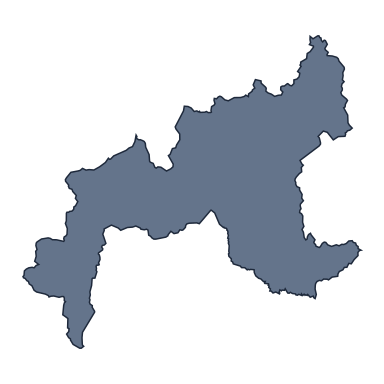 outline of San Antonio de Putina, Puno, Peru, rotated 180°
{"feature_id": "86281439B17280612130391", "entity_name": "San Antonio de Putina", "entity_type": "district", "adm_level": 2, "iso_a3": "PER", "parent_name": "Peru", "parent_adm1": "Puno", "projection": "mercator", "projection_center": [-69.619, -14.709], "detail": "fine", "context": "isolated", "style": "filled", "palette": "slate", "viewbox_px": 384, "rotation_deg": 180, "n_neighbors": 0, "source": "geoboundaries", "source_scale": "gbopen_adm2", "svg_char_len": 5901}
<svg xmlns="http://www.w3.org/2000/svg" viewBox="0 0 384 384"><g transform="rotate(180 192 192)"><path d="M73.9,347.6L74.0,344.2L73.4,341.4L74.6,339.4L70.6,337.9L70.5,336.9L73.8,332.4L76.8,330.5L77.4,325.4L83.3,321.9L83.3,320.1L84.0,318.9L82.9,317.7L86.4,312.5L84.2,310.8L84.9,307.2L87.1,304.9L90.1,304.1L90.1,300.4L92.3,298.2L94.1,298.6L96.1,300.3L96.7,300.3L99.6,298.0L101.8,297.9L103.2,297.0L103.3,294.2L101.2,292.0L102.6,289.0L105.9,288.7L109.3,287.6L112.7,289.9L115.8,291.0L118.1,292.8L117.8,295.8L118.5,296.9L122.8,300.8L123.0,303.1L128.6,304.4L130.8,299.1L129.2,295.9L131.6,294.0L131.9,292.7L135.4,290.1L135.6,287.4L138.3,288.9L139.6,287.6L143.2,286.5L149.7,286.4L155.7,283.2L159.1,284.1L162.6,287.2L164.1,287.8L165.7,287.1L167.4,285.2L169.7,285.6L170.0,283.8L169.0,280.3L169.8,279.0L172.4,277.4L173.0,273.6L172.6,271.9L173.3,271.5L175.8,271.4L177.6,272.5L179.1,271.8L184.0,271.6L184.5,272.7L185.7,272.1L187.1,273.1L189.8,272.5L192.8,276.0L196.0,277.5L199.7,277.8L200.5,273.1L208.8,257.1L208.1,255.1L204.3,250.0L204.2,244.2L207.4,239.1L208.3,236.2L211.6,235.4L213.9,229.6L215.6,228.4L210.8,219.9L211.0,217.2L213.3,215.1L217.5,213.0L223.1,216.8L226.1,217.1L227.8,215.9L229.1,216.6L230.8,220.6L233.7,221.8L234.4,222.8L234.9,229.4L238.3,236.8L238.7,240.7L239.8,242.5L241.2,243.3L243.7,244.3L245.1,244.2L247.1,245.3L247.5,247.0L247.1,247.5L247.9,248.9L249.1,242.4L251.5,237.4L255.0,236.0L257.7,233.7L270.3,228.1L273.4,224.9L274.5,224.7L275.6,225.8L278.6,221.5L284.4,217.2L290.1,214.0L294.9,214.4L298.0,213.9L301.5,215.6L303.7,213.7L305.6,213.1L313.1,211.7L317.4,206.4L318.6,204.4L318.4,202.7L315.3,198.9L315.6,197.8L314.7,195.6L312.0,194.7L311.2,192.4L307.7,188.5L308.6,185.6L306.2,182.4L308.5,178.1L310.1,177.1L310.3,174.7L311.3,173.6L312.2,172.8L314.4,172.6L315.4,171.7L317.0,171.8L317.6,170.8L317.7,163.0L318.6,160.6L316.7,155.5L317.0,149.6L318.2,148.0L319.8,147.1L320.3,145.2L319.7,143.7L320.3,142.6L327.4,144.2L331.7,144.3L333.7,145.6L335.9,146.1L342.5,145.0L346.9,142.1L347.8,140.9L348.1,138.4L347.0,134.4L348.3,132.7L347.8,127.7L349.3,122.7L345.3,119.5L347.8,118.6L349.9,116.2L351.9,116.7L355.2,116.2L357.7,114.9L359.6,113.1L360.0,108.5L361.0,107.5L360.5,106.2L358.9,105.6L357.0,103.2L355.6,102.6L354.8,100.1L352.1,98.3L349.9,93.7L347.4,92.0L338.6,89.9L335.6,88.4L335.0,87.0L333.0,87.8L330.2,88.0L324.9,86.7L322.0,87.5L320.4,87.4L319.7,86.1L319.7,83.3L318.5,82.3L319.6,81.2L320.3,78.7L321.2,69.2L316.1,65.5L316.4,56.1L315.0,55.4L315.2,52.5L317.4,49.9L315.3,46.3L313.6,45.2L313.5,43.9L310.9,39.6L304.3,35.8L302.7,35.8L300.3,37.7L301.4,38.7L301.7,39.7L302.0,46.3L301.5,51.7L289.4,71.8L289.4,72.7L291.8,76.7L291.7,78.4L293.9,79.9L294.6,81.8L294.0,84.2L294.6,85.8L293.7,89.0L294.1,92.1L292.4,98.5L291.9,105.3L291.5,105.8L289.1,105.9L287.1,112.3L287.9,113.8L287.5,115.2L287.9,117.7L287.5,118.7L285.1,119.0L284.8,119.7L285.5,121.0L284.0,124.4L284.1,126.8L284.7,129.1L285.6,130.0L285.5,131.1L281.5,134.0L281.2,135.2L282.4,137.0L281.6,138.6L279.7,139.0L278.1,140.6L281.2,149.9L279.8,153.4L279.9,155.0L272.6,158.9L265.8,156.0L263.3,153.7L256.6,156.5L251.4,156.9L248.2,158.0L243.8,156.0L243.1,154.8L239.7,154.2L237.4,154.8L236.0,153.9L235.3,148.8L233.4,147.8L232.2,146.2L230.2,144.9L228.1,144.9L218.1,146.9L216.1,148.2L215.8,149.4L213.1,152.7L210.0,150.4L206.1,151.2L204.1,154.2L202.0,153.7L200.8,154.2L198.6,156.6L198.3,158.6L197.0,160.2L194.7,160.8L187.2,161.1L184.7,160.3L173.2,173.8L172.7,173.8L169.3,171.1L164.5,159.8L160.6,156.5L160.1,156.8L159.5,156.0L157.7,155.7L157.0,154.7L157.2,154.0L156.3,153.1L156.0,151.7L156.3,150.7L155.6,148.6L156.3,145.8L155.4,145.2L155.8,143.3L155.2,142.0L155.7,141.0L154.8,138.4L155.2,132.7L154.8,131.0L155.5,130.2L155.1,127.7L152.7,125.2L152.8,123.0L151.4,122.1L150.7,120.1L143.6,117.9L142.5,116.4L139.2,116.3L136.8,114.1L136.0,114.7L134.4,114.2L133.5,114.6L129.9,114.3L129.7,111.4L128.2,108.1L125.3,105.7L123.2,105.1L120.6,102.5L118.8,102.5L119.5,101.1L119.2,100.6L115.5,100.2L115.3,99.8L115.9,98.8L114.9,97.9L115.3,96.6L113.6,95.1L114.2,93.0L112.8,92.9L111.0,91.0L108.2,92.0L104.5,90.1L104.0,91.5L104.7,90.8L105.1,91.2L104.1,94.1L102.7,93.1L101.9,93.9L99.5,93.7L98.8,95.2L96.3,91.0L94.8,90.8L93.6,91.7L91.6,90.5L88.5,90.1L88.1,89.1L86.5,88.8L85.2,89.7L82.7,88.7L82.5,90.0L81.3,88.5L79.9,89.8L79.0,88.7L78.2,89.2L76.8,88.6L76.3,89.5L73.8,86.8L70.8,87.9L70.1,86.2L68.9,85.4L67.7,89.5L68.9,95.0L68.7,98.6L68.4,100.4L67.0,102.5L64.7,103.6L62.5,103.2L60.4,104.9L56.8,104.8L55.5,104.1L51.9,106.9L46.3,107.7L46.0,110.2L44.7,112.5L41.1,114.2L39.7,116.6L37.1,116.7L35.2,120.6L32.7,120.2L29.9,124.4L26.0,128.4L26.1,131.6L24.5,133.5L23.0,133.8L25.9,135.4L25.9,137.5L27.6,138.6L28.4,141.0L30.7,141.6L31.8,143.3L35.2,143.0L37.7,140.5L40.2,139.5L42.2,139.7L44.9,138.2L47.7,139.2L52.4,137.6L56.2,139.1L58.2,141.6L59.8,141.9L61.7,140.6L63.6,137.4L64.8,136.5L68.0,137.8L68.4,139.3L70.0,141.1L70.2,141.8L69.0,144.2L72.9,149.2L73.5,150.7L75.4,149.5L76.6,147.2L76.9,145.0L78.2,144.1L79.8,146.4L80.6,151.8L82.0,154.5L80.1,157.6L81.4,161.7L81.2,168.0L82.5,170.3L84.4,171.4L84.1,173.7L83.0,175.2L83.8,178.2L83.6,179.9L80.6,183.3L82.3,185.8L81.9,189.6L84.4,193.9L84.4,196.2L87.1,197.4L88.3,199.8L88.2,201.5L89.1,203.5L88.8,205.2L87.6,207.1L84.8,210.3L82.3,212.2L82.7,216.5L80.7,218.8L82.0,219.9L84.0,223.6L64.8,238.1L63.5,239.9L63.5,241.3L64.7,246.1L65.9,247.6L60.7,252.9L56.7,251.7L50.7,244.1L45.7,247.4L39.0,247.7L38.4,249.7L38.7,251.1L37.5,251.8L36.6,253.2L34.2,253.8L31.8,255.9L34.7,258.9L36.0,261.2L36.3,268.9L40.3,276.2L38.9,277.1L38.6,279.8L36.5,283.5L37.5,284.9L42.2,288.9L43.2,291.4L41.7,294.0L41.7,295.8L42.6,297.4L42.0,300.1L39.9,302.3L41.6,304.2L40.9,308.3L41.2,311.3L39.6,314.9L39.9,316.8L45.0,322.9L45.8,325.3L47.3,326.7L51.7,328.0L56.8,328.4L57.0,329.3L55.8,331.7L58.7,334.3L59.1,335.6L56.7,339.7L58.6,343.4L59.8,343.8L61.3,342.1L62.6,343.6L63.1,346.1L64.2,346.4L65.1,348.2L66.4,348.1L71.0,345.2L73.9,347.6Z" fill="#64748b" stroke="#1e293b" stroke-width="1.5"/></g></svg>